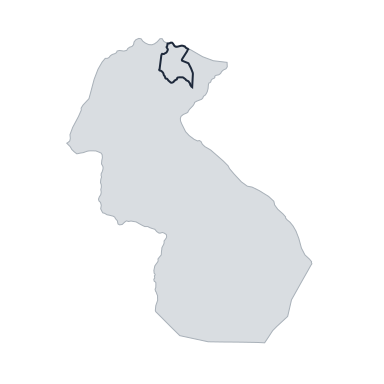 where Misiones sits in Paraguay, rotated 193°
{"feature_id": "PRY-609", "entity_name": "Misiones", "entity_type": "Department", "adm_level": 1, "iso_a3": "PRY", "parent_name": "Paraguay", "parent_adm1": "", "projection": "mercator", "projection_center": [-57.038, -26.955], "detail": "fine", "context": "in_parent", "style": "outline", "palette": "slate", "viewbox_px": 384, "rotation_deg": 193, "n_neighbors": 0, "source": "natural_earth", "source_scale": "10m", "svg_char_len": 4908}
<svg xmlns="http://www.w3.org/2000/svg" viewBox="0 0 384 384"><g transform="rotate(193 192 192)"><path d="M201.1,78.8L201.8,81.3L202.2,83.2L203.2,84.5L204.3,86.3L205.3,87.3L206.1,89.0L205.8,90.9L206.3,93.3L206.8,95.5L207.3,96.0L208.8,96.6L209.6,98.5L209.0,99.5L209.2,100.6L209.8,101.7L209.3,102.8L209.5,103.6L210.6,104.3L211.5,107.0L211.6,111.6L210.6,114.1L209.7,116.1L209.5,117.3L210.1,119.1L209.1,121.2L207.8,123.8L208.1,125.6L208.4,127.3L208.5,129.1L208.8,130.8L208.4,132.6L207.9,134.2L207.7,136.0L208.2,138.0L207.3,139.9L206.8,141.3L206.6,142.6L207.5,144.8L209.9,145.7L211.8,145.9L213.6,144.8L214.9,144.5L217.5,145.5L219.8,147.3L222.7,147.5L225.3,147.8L227.3,148.4L230.2,147.7L233.3,148.4L236.8,149.4L239.7,150.3L242.7,150.1L244.9,150.0L247.2,149.0L249.4,149.1L251.0,147.3L252.0,145.7L252.8,144.6L255.2,143.7L256.9,144.2L258.3,147.2L260.7,148.9L261.6,150.1L263.4,150.7L267.3,150.8L269.7,150.7L272.4,151.6L274.2,151.6L275.7,153.2L277.2,155.1L277.4,158.6L278.8,161.3L280.6,162.3L281.5,164.0L281.2,166.4L280.3,168.8L280.4,171.4L281.4,173.8L281.4,176.2L282.0,178.6L283.3,180.6L283.7,183.9L283.5,186.3L284.3,187.7L284.6,189.6L284.1,191.2L283.9,193.4L284.0,195.3L284.6,196.9L286.5,199.0L287.0,202.6L287.0,205.1L287.9,208.1L289.4,209.5L292.0,210.0L294.9,210.4L298.4,209.7L301.6,208.9L303.4,208.1L306.8,205.9L309.8,204.7L311.4,203.9L312.9,203.3L315.9,204.7L318.7,206.4L320.9,208.8L325.0,211.4L324.2,212.1L322.6,214.2L322.6,216.8L323.8,220.4L322.8,228.1L319.6,240.0L318.3,246.9L318.9,248.8L317.7,252.3L313.4,259.7L313.2,264.7L312.7,279.8L311.2,290.5L308.8,298.4L306.6,302.7L304.5,303.2L303.1,304.4L302.2,306.4L300.6,308.1L298.2,309.5L296.9,310.9L296.7,312.5L294.5,313.6L290.1,314.0L287.5,315.3L286.8,317.4L285.3,319.1L283.2,320.3L282.1,322.4L282.2,325.2L281.0,327.7L278.4,329.7L276.0,329.8L273.9,327.9L270.9,326.6L267.3,325.9L264.2,326.4L261.8,328.0L259.6,330.6L257.7,334.1L255.6,334.7L253.2,332.3L250.3,331.6L246.8,332.6L243.9,332.2L241.8,330.7L238.6,330.5L234.2,331.7L225.4,330.3L212.1,326.2L200.8,324.7L187.0,326.2L185.8,321.9L186.6,319.7L188.8,318.0L190.2,316.0L190.8,313.9L192.3,312.2L194.8,311.1L195.9,309.9L195.5,308.8L196.1,307.7L197.5,306.8L198.4,305.4L198.5,303.5L199.1,302.6L200.1,301.9L200.2,300.5L199.6,296.4L199.7,293.1L200.4,290.5L201.2,288.9L201.8,288.5L202.4,287.6L202.6,286.0L203.5,284.5L207.9,281.5L209.6,279.9L209.7,278.4L210.4,276.4L213.0,272.0L213.8,270.0L213.9,269.0L214.8,267.9L218.0,265.5L219.7,263.3L219.9,261.1L219.2,258.7L217.4,256.1L211.8,249.3L207.4,246.3L201.8,243.8L198.1,243.0L196.4,243.8L194.6,243.2L192.7,240.9L189.7,239.1L183.2,237.1L168.6,229.3L162.7,225.6L160.7,223.2L155.2,219.1L146.2,213.0L139.4,210.1L134.6,210.3L126.9,208.5L116.3,204.9L110.2,201.4L108.5,197.9L104.6,194.5L98.4,191.1L95.2,188.8L95.0,187.7L93.1,186.3L89.7,184.6L85.9,181.6L81.9,177.3L77.5,170.8L72.8,162.0L67.8,156.1L62.4,153.0L59.8,151.0L59.8,150.0L59.0,149.0L59.7,147.3L61.6,140.7L64.5,131.0L67.4,121.0L70.8,109.3L70.8,101.0L70.8,92.3L75.7,85.1L79.2,80.0L82.2,75.1L85.2,66.9L87.3,61.4L95.0,60.0L108.2,57.2L114.7,55.8L128.6,52.7L142.6,49.7L157.4,49.5L171.6,49.3L182.7,56.1L191.1,61.4L200.4,67.2L201.1,68.4L201.7,73.2L201.1,78.8Z" fill="#d9dde1" stroke="#a8b0b8" stroke-width="1"/><path d="M234.3,332.4L233.1,332.4L232.8,332.3L232.1,332.3L231.7,332.2L231.4,332.0L230.6,331.3L230.3,331.1L230.2,331.1L228.8,330.7L228.5,330.7L228.2,330.5L227.9,330.3L228.0,330.2L228.5,327.8L231.4,319.7L231.6,318.4L231.3,317.8L230.4,317.6L224.7,316.7L224.4,316.6L220.8,312.3L218.2,308.5L217.9,307.8L217.7,307.2L215.4,294.2L216.5,294.7L217.0,295.5L217.3,295.6L217.6,295.8L217.8,296.1L218.0,296.4L218.2,297.0L218.3,297.3L218.5,297.5L219.3,298.0L219.5,298.2L219.7,298.5L220.0,298.8L220.4,299.1L222.7,299.6L223.1,299.8L223.3,300.1L223.7,300.4L224.1,300.6L224.9,300.9L225.5,301.2L226.1,301.5L227.0,301.6L229.8,301.0L231.4,300.4L231.8,300.2L232.0,299.8L232.1,299.4L232.1,298.9L232.1,298.4L232.3,298.1L232.6,297.9L233.0,297.7L233.3,297.5L233.4,297.3L233.4,297.2L233.5,297.0L233.7,296.8L234.1,296.6L234.2,296.4L234.3,296.2L234.4,295.8L234.6,295.4L234.9,294.9L235.3,294.6L235.8,294.2L236.2,294.0L236.5,293.9L236.8,293.8L237.1,293.8L237.4,293.9L237.6,294.0L239.5,295.0L240.2,295.4L241.2,296.3L241.8,296.7L242.4,296.7L242.8,296.6L243.2,296.8L243.5,296.9L244.6,298.7L245.5,299.3L245.7,299.5L246.0,300.0L246.2,300.5L246.8,301.4L247.3,301.9L248.7,302.8L249.2,303.0L249.6,303.1L250.6,303.1L251.2,303.3L251.4,303.6L251.5,303.9L251.4,304.2L251.3,304.6L251.2,304.8L251.3,305.1L252.6,318.0L252.5,319.3L252.2,319.9L250.6,320.1L250.4,320.2L250.1,320.4L249.3,321.3L249.0,321.5L248.7,321.7L248.4,322.1L248.1,322.6L247.7,324.1L247.6,324.8L247.6,325.4L247.8,325.7L248.0,326.0L249.1,327.1L249.3,327.3L249.4,327.5L249.3,327.9L249.2,328.1L249.1,328.4L249.0,328.6L249.2,331.1L247.8,331.5L246.2,332.8L245.0,333.0L243.9,332.3L241.9,330.3L240.8,329.9L239.6,330.0L238.5,330.5L235.3,332.2L234.3,332.4Z" fill="none" stroke="#1e293b" stroke-width="2"/></g></svg>